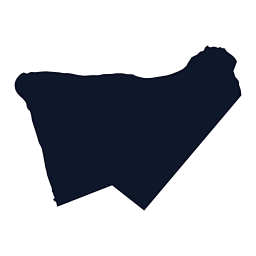 Ngebeianged, Palau
{"feature_id": "81905179B65158388744507", "entity_name": "Ngebeianged", "entity_type": "district", "adm_level": 2, "iso_a3": "PLW", "parent_name": "Palau", "parent_adm1": "", "projection": "orthographic", "projection_center": [134.133, 6.918], "detail": "fine", "context": "isolated", "style": "filled", "palette": "ink", "viewbox_px": 256, "rotation_deg": 0, "n_neighbors": 0, "source": "geoboundaries", "source_scale": "gbopen_adm2", "svg_char_len": 1370}
<svg xmlns="http://www.w3.org/2000/svg" viewBox="0 0 256 256"><path d="M144.1,209.5L240.6,95.1L240.0,90.2L238.3,85.0L238.1,81.7L237.2,80.2L234.5,77.1L233.2,72.7L232.5,71.3L236.1,61.6L235.4,60.1L233.5,57.7L231.8,56.1L226.2,52.0L224.0,48.9L222.1,49.1L220.1,47.8L218.3,48.7L214.4,47.4L212.2,47.7L210.2,48.2L208.6,47.5L207.3,46.5L205.6,48.1L204.8,50.2L203.7,51.7L200.6,52.3L197.5,55.3L193.9,57.0L192.2,57.8L189.8,61.4L188.0,64.3L187.5,65.7L184.5,68.7L183.3,69.6L181.7,70.5L178.3,72.2L171.3,74.9L167.1,76.1L162.4,76.9L151.8,78.6L148.8,78.8L146.1,78.9L143.8,78.7L138.7,77.6L135.8,76.7L132.4,75.1L126.5,74.9L122.8,74.1L119.8,74.0L116.8,74.0L111.5,74.7L103.6,74.9L99.2,75.9L97.7,76.0L92.6,75.9L84.1,76.5L77.9,75.8L70.5,74.2L68.2,73.9L63.6,73.9L61.9,73.7L59.9,73.2L46.3,72.1L42.0,72.3L40.0,72.5L35.3,73.0L33.1,72.8L30.7,72.8L27.0,74.5L23.6,73.3L20.6,75.0L17.5,78.6L16.5,80.5L15.6,82.7L15.4,84.9L15.6,86.9L15.9,88.8L16.6,90.6L17.9,92.8L20.6,95.8L22.9,97.7L24.8,99.8L26.4,102.0L27.0,103.3L27.4,106.0L28.3,108.5L30.4,110.4L31.5,113.5L32.1,116.3L32.7,120.3L33.3,122.2L37.3,134.7L39.6,142.5L41.8,146.6L42.5,148.3L43.7,154.0L46.2,167.9L47.1,171.0L47.8,174.9L51.0,184.1L52.2,187.0L52.7,189.2L52.7,191.3L53.7,192.8L54.2,194.9L55.3,196.9L55.3,198.6L54.1,199.5L55.0,200.7L56.7,201.1L57.3,203.6L57.7,205.7L112.2,184.4L144.1,209.5Z" fill="#0f172a" stroke="#020617" stroke-width="1.5"/></svg>